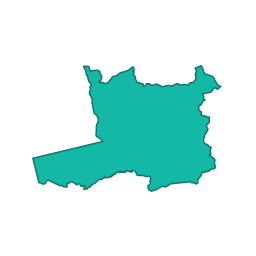 outline of North-Western, rotated 347°
{"feature_id": "ZMB-521", "entity_name": "North-Western", "entity_type": "Province", "adm_level": 1, "iso_a3": "ZMB", "parent_name": "Zambia", "parent_adm1": "", "projection": "albers", "projection_center": [25.141, -12.794], "detail": "fine", "context": "isolated", "style": "filled", "palette": "teal", "viewbox_px": 256, "rotation_deg": 347, "n_neighbors": 0, "source": "natural_earth", "source_scale": "10m", "svg_char_len": 5852}
<svg xmlns="http://www.w3.org/2000/svg" viewBox="0 0 256 256"><g transform="rotate(347 128 128)"><path d="M28.9,161.3L28.5,136.1L100.1,135.5L99.7,134.2L99.1,133.1L98.3,132.0L96.3,130.0L95.6,129.0L95.3,127.8L95.5,126.4L96.2,124.8L97.5,119.5L97.9,118.5L100.7,114.3L101.0,113.7L101.1,113.1L100.7,111.5L100.6,109.2L100.2,108.3L99.3,107.4L98.5,106.3L98.3,104.6L98.7,94.9L99.5,93.1L99.5,92.7L99.4,91.8L99.2,89.1L98.2,86.8L98.2,85.9L98.4,85.2L99.0,83.7L100.0,82.2L100.2,81.8L100.1,80.3L100.2,79.5L100.6,78.9L101.7,78.0L102.0,77.5L102.0,77.1L100.4,73.6L100.2,72.7L100.3,67.5L99.6,67.4L99.4,66.9L99.6,65.5L99.5,63.5L99.9,62.1L99.7,61.6L99.0,60.5L98.8,59.9L98.6,58.1L99.8,58.1L101.5,58.5L103.0,59.0L103.8,59.8L103.6,61.1L104.0,62.6L104.0,63.9L104.2,64.3L105.6,64.0L106.2,64.0L108.3,64.5L110.2,64.5L111.1,64.9L112.1,65.5L113.0,66.3L113.4,67.1L113.3,67.5L112.7,68.2L112.7,68.7L112.9,69.1L113.7,70.0L113.9,70.6L114.0,71.4L113.8,72.8L112.4,75.2L111.9,75.7L110.4,76.2L110.0,76.6L110.3,77.2L110.9,77.5L113.0,77.6L113.8,78.1L115.0,79.2L115.7,79.5L116.6,79.6L117.3,79.5L118.8,78.9L119.9,78.8L120.2,78.5L120.4,77.8L121.0,77.2L122.5,76.7L123.8,75.1L125.2,74.5L127.9,74.5L129.3,74.2L131.9,72.9L133.4,72.4L134.8,72.5L139.9,72.1L142.0,71.6L145.4,69.9L146.5,69.7L147.0,70.1L147.0,73.0L145.6,73.8L146.4,74.8L146.1,75.4L145.4,76.2L145.4,77.1L145.7,77.8L146.7,79.9L146.7,80.2L146.2,80.8L146.1,81.1L146.2,82.1L147.1,85.1L147.7,86.0L148.0,86.2L149.2,86.3L149.9,87.1L152.0,88.1L152.6,88.7L152.6,89.2L152.3,90.2L152.6,90.7L153.1,90.9L153.8,90.9L154.6,90.2L155.4,90.1L155.7,89.3L156.0,89.1L157.6,89.2L158.8,90.0L159.9,91.0L161.3,91.8L161.9,91.9L164.0,91.9L164.4,91.9L165.4,91.5L165.7,91.6L168.0,93.4L168.7,93.7L169.3,94.1L169.7,95.2L170.4,95.5L177.0,95.5L177.8,95.9L179.2,96.7L180.5,96.6L181.2,96.9L181.6,97.0L183.1,96.2L184.4,96.0L185.8,95.9L186.6,96.2L188.4,97.7L189.7,98.1L192.6,98.4L193.9,98.6L195.2,99.5L195.8,99.8L196.5,99.7L197.1,99.1L197.5,98.5L198.0,98.1L200.6,98.2L202.1,97.9L203.5,97.1L204.7,95.9L205.5,94.5L205.6,91.6L206.0,90.1L207.4,88.3L207.5,87.3L207.1,85.8L207.0,85.1L207.5,84.6L209.0,84.6L210.3,84.2L211.9,84.1L213.1,83.7L213.7,84.5L214.1,86.2L214.2,88.0L214.1,89.2L215.0,92.4L221.6,96.5L223.2,99.4L223.3,100.9L225.0,105.9L225.6,106.7L227.5,108.3L225.8,109.4L225.1,109.7L224.6,110.3L224.1,110.1L223.1,109.9L223.0,109.7L223.1,109.2L221.7,108.2L221.2,108.4L219.9,109.3L219.2,109.6L218.6,110.3L217.4,111.0L216.8,111.7L216.3,111.9L211.8,111.4L210.4,111.6L208.3,111.4L208.8,113.4L208.8,114.5L208.5,115.3L208.4,116.1L208.8,117.4L209.2,118.0L208.8,118.2L207.4,118.5L206.8,118.8L204.5,121.7L203.9,122.1L202.9,122.2L202.4,122.4L201.7,123.3L201.3,125.2L200.9,126.1L201.0,126.4L201.6,127.0L201.8,127.6L202.9,128.7L203.1,129.0L202.9,129.6L202.1,131.1L202.1,131.5L203.2,132.3L203.9,132.9L204.8,133.3L205.4,133.7L206.4,133.9L206.7,134.0L207.0,134.6L207.4,134.9L207.7,135.4L207.9,135.5L209.1,135.5L209.7,135.7L208.7,139.8L208.4,140.4L207.9,141.1L205.6,142.6L205.0,143.3L204.9,144.5L205.0,145.1L205.4,145.9L205.6,146.9L205.3,147.8L204.5,148.9L203.7,149.3L203.5,149.6L202.9,150.7L201.2,151.6L201.0,152.1L200.5,154.1L199.4,155.1L198.9,156.6L198.7,159.0L199.0,160.2L199.7,160.8L201.5,162.0L202.1,162.8L202.4,163.7L202.8,164.3L204.3,165.2L204.5,165.5L204.4,166.1L203.3,167.9L203.0,168.7L202.8,169.7L202.8,172.3L202.3,172.6L201.2,173.0L201.0,173.3L201.2,173.6L202.6,174.4L203.0,174.7L204.7,177.0L205.3,178.1L205.4,178.9L205.3,179.6L204.3,181.2L204.4,185.6L204.2,186.1L203.4,186.9L199.1,187.0L198.6,187.2L197.3,188.1L196.6,188.2L193.7,188.0L193.4,188.1L193.1,188.4L192.9,188.5L192.5,188.4L191.4,188.0L190.8,188.0L190.3,188.3L189.5,189.0L188.0,191.2L185.8,192.9L184.3,194.6L183.9,195.4L183.7,197.3L182.5,197.8L182.1,197.9L181.8,197.8L181.0,196.9L179.5,196.1L178.6,196.0L177.7,195.6L176.8,194.4L157.4,192.0L156.1,192.1L154.8,193.0L153.9,193.0L152.5,193.6L151.1,193.7L150.4,193.3L149.4,192.9L146.6,192.7L145.4,193.2L143.9,193.6L142.2,194.3L140.9,194.6L138.8,194.5L137.2,194.8L136.4,194.7L135.6,194.2L134.4,192.6L134.2,191.9L134.3,190.7L134.2,189.3L134.6,188.8L136.6,187.9L137.3,187.1L137.4,185.3L137.6,184.5L138.3,183.1L138.6,182.3L138.6,180.8L138.4,180.2L137.8,179.5L137.5,179.5L136.2,179.7L135.8,179.7L131.2,177.4L128.6,176.9L126.5,176.1L126.4,176.0L125.9,175.0L125.8,173.4L125.4,172.2L123.7,170.3L123.4,170.3L122.7,170.7L122.5,171.0L122.3,171.7L122.0,171.8L121.9,171.6L122.0,170.5L121.2,170.4L121.1,171.1L120.9,171.3L120.2,171.1L119.8,171.1L119.3,170.5L118.6,170.0L117.5,168.8L117.0,169.2L116.6,169.3L116.9,169.9L116.8,170.0L115.5,170.1L115.1,170.4L114.9,170.4L114.5,169.8L114.0,170.2L113.7,170.3L112.0,169.7L111.9,169.5L111.8,168.9L111.6,168.3L111.2,168.0L110.8,167.9L110.8,168.2L110.5,168.6L110.5,168.8L110.9,169.3L110.8,169.5L109.9,169.5L108.4,168.4L108.1,168.4L107.1,168.8L106.7,169.2L105.7,169.3L105.3,169.9L104.7,170.2L104.2,170.2L103.7,169.9L103.3,169.9L103.1,170.1L102.8,171.0L102.5,171.1L101.9,170.6L100.8,171.6L100.0,171.9L99.5,171.8L98.4,171.4L97.1,171.9L95.8,171.5L95.1,171.5L94.6,171.4L94.3,171.0L94.4,170.3L94.0,170.5L93.2,171.3L92.0,171.6L90.8,172.3L90.2,172.1L89.6,171.8L89.1,171.5L88.5,171.7L87.3,172.4L85.9,172.7L84.0,174.1L80.4,175.1L79.4,175.6L78.0,176.8L77.5,177.0L76.4,176.8L75.8,177.0L74.9,177.8L74.3,178.1L72.9,178.1L73.1,177.5L72.9,177.1L71.4,177.6L71.6,176.9L73.0,174.8L72.6,174.6L69.9,174.4L69.4,174.2L69.1,174.0L68.7,173.3L68.5,171.8L67.9,171.3L67.1,171.2L66.0,171.7L65.4,171.8L65.0,171.8L64.7,171.4L64.4,170.5L63.7,169.7L60.6,167.7L59.7,167.4L59.2,167.4L58.1,168.5L56.0,168.7L55.9,169.0L55.4,171.3L55.1,171.7L54.7,171.8L54.3,171.7L53.3,171.1L52.0,170.8L51.6,169.9L51.2,169.5L50.6,169.4L50.3,169.1L48.7,168.9L47.9,168.3L47.2,167.4L44.8,165.9L39.6,161.6L38.4,160.9L37.8,160.7L37.4,160.8L37.1,161.0L36.6,161.8L35.9,162.3L35.5,163.0L34.4,163.6L33.8,163.7L32.6,163.6L30.6,161.9L29.5,161.4L28.9,161.3Z" fill="#14b8a6" stroke="#0f766e" stroke-width="1.5"/></g></svg>